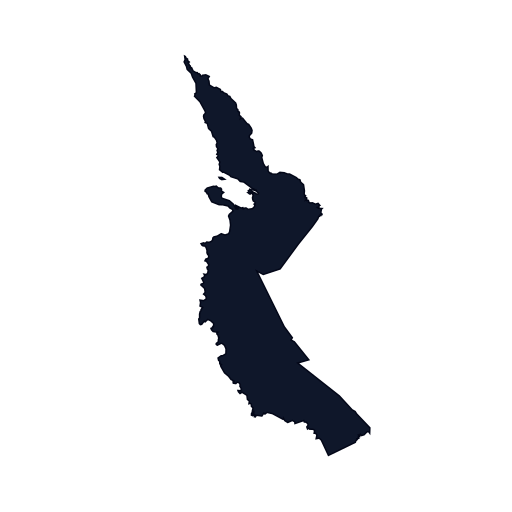 Davao Oriental, Davao Oriental, Philippines, rotated 155°
{"feature_id": "2640588B31007762864019", "entity_name": "Davao Oriental", "entity_type": "district", "adm_level": 2, "iso_a3": "PHL", "parent_name": "Philippines", "parent_adm1": "Davao Oriental", "projection": "albers", "projection_center": [126.307, 7.136], "detail": "fine", "context": "isolated", "style": "filled", "palette": "ink", "viewbox_px": 512, "rotation_deg": 155, "n_neighbors": 0, "source": "geoboundaries", "source_scale": "gbopen_adm2", "svg_char_len": 6111}
<svg xmlns="http://www.w3.org/2000/svg" viewBox="0 0 512 512"><g transform="rotate(155 256 256)"><path d="M227.8,47.5L225.4,52.2L231.5,70.3L231.9,73.2L233.9,76.0L239.6,94.0L263.5,141.4L252.0,139.6L257.5,162.0L259.8,165.1L257.6,166.6L260.3,180.0L261.7,242.2L257.2,236.2L239.6,234.1L212.4,249.0L192.6,258.8L184.3,263.5L182.4,265.4L181.7,265.1L180.8,266.0L180.2,265.3L179.6,265.9L179.0,265.5L178.4,266.0L179.0,267.2L178.6,268.4L176.9,270.8L176.1,271.1L179.2,272.8L179.9,274.2L178.1,273.9L177.6,275.2L176.8,275.0L177.5,277.5L180.2,277.8L182.3,280.3L184.9,281.4L185.7,282.6L185.1,283.1L185.1,284.3L186.3,284.8L186.2,285.3L186.6,285.0L186.8,285.8L187.2,285.7L187.4,285.7L185.5,287.1L186.4,288.7L186.9,288.5L186.8,289.3L185.7,289.8L186.6,290.8L186.1,290.6L186.1,292.0L184.6,294.5L182.8,300.5L184.3,304.0L184.0,306.6L185.5,307.9L186.3,310.0L190.9,316.1L192.7,316.9L195.3,319.6L198.4,321.4L199.0,321.1L199.1,321.7L202.4,321.3L205.8,322.9L207.7,324.3L207.5,325.0L208.4,325.2L208.8,326.4L209.1,328.0L207.3,332.1L208.4,331.8L209.9,332.7L210.3,336.7L209.2,342.9L207.8,344.4L207.8,347.2L208.7,349.6L209.6,350.3L211.3,350.4L213.3,353.2L212.8,353.6L213.0,354.7L211.2,354.6L211.8,356.7L211.3,357.1L210.0,362.8L211.7,364.5L211.9,366.6L211.1,367.9L208.0,369.2L206.5,371.5L206.3,373.9L207.0,378.4L208.2,379.7L209.9,386.5L210.3,387.0L212.2,386.9L210.7,388.7L211.7,390.6L210.4,393.0L210.5,394.1L211.2,394.6L210.6,396.4L211.3,397.9L210.0,401.2L209.8,403.3L212.2,409.3L212.3,411.7L213.7,412.9L214.0,415.1L216.4,417.7L216.8,419.2L218.3,419.7L217.9,422.0L220.7,425.7L222.9,426.1L226.0,430.7L224.7,434.4L224.7,437.0L222.5,438.5L224.9,441.4L228.1,442.4L229.2,441.9L230.3,442.4L229.9,443.6L230.6,445.4L231.6,445.6L231.7,447.0L233.0,447.7L234.8,450.3L234.8,453.8L235.5,453.6L236.3,454.4L235.7,454.5L235.3,456.3L236.0,456.9L235.6,458.0L236.0,459.6L234.5,460.0L235.4,462.1L234.8,463.4L235.8,465.1L235.7,466.6L236.2,467.3L237.2,464.0L239.1,462.3L238.9,457.2L239.5,454.2L237.5,449.0L237.9,445.0L237.4,437.9L241.0,429.2L243.0,428.8L243.1,427.7L244.2,426.8L241.6,419.4L240.9,408.9L241.3,406.9L243.7,405.9L244.5,404.8L245.1,402.4L244.9,399.4L245.7,398.5L244.1,396.8L245.1,391.5L243.6,387.9L244.4,382.3L243.5,381.2L242.9,377.7L243.4,374.8L244.9,373.8L245.6,371.8L245.2,369.3L246.7,368.1L246.8,366.0L248.6,364.7L247.8,363.6L248.1,362.5L249.9,361.8L249.0,356.4L250.6,354.7L250.9,352.4L252.6,349.6L250.8,345.9L249.9,345.7L245.7,340.2L245.2,338.5L239.9,333.6L238.8,330.2L235.9,328.3L231.6,320.4L230.2,316.7L229.4,315.9L229.4,317.2L227.9,315.5L228.1,314.0L227.1,312.0L228.3,311.3L229.2,311.7L230.4,313.8L231.4,314.4L231.8,315.8L232.5,316.0L232.1,316.6L232.8,317.1L232.2,317.8L233.4,319.2L234.5,318.3L235.3,318.4L235.2,316.8L236.6,317.0L235.6,314.9L234.9,314.6L234.2,315.6L233.6,314.7L233.6,315.1L232.8,315.0L233.0,314.0L232.4,313.7L233.1,312.8L232.8,312.1L234.4,310.6L235.0,309.0L235.2,307.1L234.1,305.3L234.7,304.0L235.8,303.8L235.3,302.8L236.7,301.3L239.3,300.4L243.6,301.7L244.5,303.5L245.7,304.2L246.7,303.9L246.5,304.5L246.8,304.0L247.2,304.1L247.4,305.4L247.9,305.5L247.4,304.4L248.1,304.4L253.1,310.6L253.6,309.6L252.3,308.7L251.7,306.8L252.8,306.1L254.5,307.5L254.9,306.7L254.5,307.8L253.9,307.3L253.5,308.0L252.7,306.7L252.5,307.2L253.5,308.1L253.2,308.5L254.4,309.1L254.7,312.7L256.8,317.4L262.5,322.8L262.3,324.7L261.0,326.6L258.4,327.3L259.9,329.5L259.0,331.1L259.3,332.5L261.4,333.6L262.5,336.2L263.7,336.3L265.1,337.2L271.5,338.2L274.3,337.2L274.8,336.1L274.0,335.0L273.9,332.9L273.1,332.3L273.6,329.6L273.2,323.8L267.8,318.1L264.4,316.4L260.2,313.1L259.4,310.5L257.6,308.1L257.9,306.4L262.6,305.0L264.0,303.8L264.4,299.5L266.0,294.7L269.6,289.2L271.4,287.7L275.2,288.1L278.1,290.9L282.6,290.4L286.1,291.1L287.3,290.7L288.8,288.7L290.2,288.1L292.7,288.2L294.8,289.5L296.6,288.9L298.0,290.1L300.6,290.4L300.4,288.6L299.6,287.4L298.4,287.1L297.6,285.0L298.0,281.8L299.2,279.4L298.6,278.4L299.2,277.8L298.7,277.3L299.1,275.3L300.5,274.1L302.8,274.4L304.3,273.2L303.1,272.1L302.5,268.1L303.8,266.7L305.2,266.6L305.6,264.7L305.1,263.8L306.7,261.2L308.8,260.1L310.8,261.5L310.7,260.3L311.9,258.9L314.6,258.7L314.5,254.1L315.4,253.4L317.5,253.7L318.2,253.1L316.3,248.3L317.4,244.5L319.6,243.6L318.4,241.2L318.8,238.8L319.6,238.1L322.2,237.6L325.4,239.7L325.9,237.2L327.9,234.3L326.1,232.0L328.5,230.6L328.8,229.7L330.0,229.3L331.7,227.2L333.3,223.7L334.5,223.1L335.9,218.7L335.4,217.3L334.1,217.0L330.5,218.9L330.0,217.8L326.5,218.9L324.5,216.6L322.9,212.8L323.7,211.0L325.2,210.1L323.7,210.1L325.6,209.6L325.8,209.1L327.4,209.4L327.5,207.9L326.8,205.7L323.0,203.1L323.8,203.0L324.4,201.9L323.9,200.3L324.3,198.2L323.8,197.8L325.3,196.4L326.4,194.2L329.0,193.5L329.4,192.7L328.8,191.5L324.4,191.6L323.6,191.0L322.3,188.3L322.4,184.5L324.6,180.1L328.3,179.7L329.8,180.3L333.5,179.6L334.0,177.2L333.4,175.9L334.4,173.5L333.2,172.3L334.3,171.8L334.5,170.6L333.9,163.4L331.7,158.7L330.8,154.6L328.8,152.1L329.0,151.5L330.0,151.6L330.3,150.3L328.2,148.9L326.5,149.6L324.8,148.2L324.7,145.9L325.6,144.9L325.4,141.6L326.8,140.4L329.2,141.7L329.3,140.4L328.6,138.1L326.2,138.4L323.1,133.6L324.4,129.6L323.3,127.4L324.8,125.1L323.7,125.0L322.8,123.8L323.7,121.8L322.9,119.5L324.8,117.1L324.2,116.2L323.6,116.2L323.8,115.5L325.7,115.9L325.8,114.7L325.4,114.6L325.8,113.7L326.5,113.7L326.4,115.5L327.4,113.7L326.5,112.7L325.3,113.3L325.3,114.8L324.8,114.9L324.6,113.5L324.2,113.7L325.0,112.7L324.2,112.7L323.7,112.0L324.0,111.6L324.8,112.1L325.4,111.0L324.6,110.5L324.2,111.1L322.3,111.1L318.3,108.5L315.3,110.3L314.7,109.0L312.1,109.6L307.7,106.2L300.6,96.7L300.1,96.5L299.7,97.2L299.5,94.7L297.6,91.7L292.6,91.6L290.9,89.4L291.5,87.7L282.2,86.7L282.4,85.2L280.5,84.0L280.0,81.4L280.1,80.7L282.2,79.6L282.4,77.5L281.1,77.8L280.7,76.5L277.7,74.9L276.5,73.3L278.2,70.8L276.8,70.1L276.5,67.9L278.7,65.0L275.7,64.2L274.6,61.6L274.6,44.7L244.7,45.2L243.7,46.3L241.9,46.9L241.8,47.7L240.0,47.3L239.9,48.7L238.4,48.4L237.9,49.2L238.9,49.8L238.8,50.5L238.0,49.9L236.8,50.5L236.3,48.7L233.6,48.3L229.7,49.8L228.1,49.1L227.8,47.5ZM252.0,338.8L253.7,341.6L256.3,342.9L256.2,341.7L254.8,339.7L252.0,338.8Z" fill="#0f172a" stroke="#020617" stroke-width="1.5"/></g></svg>